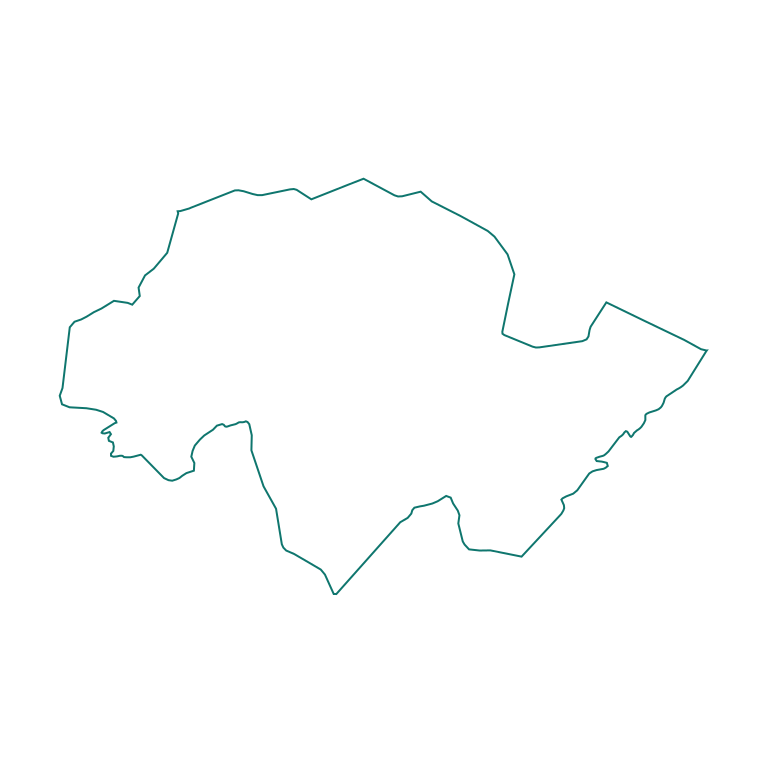 map outline of Jämtland (orthographic projection), rotated 86°
{"feature_id": "SWE-189", "entity_name": "Jämtland", "entity_type": "County", "adm_level": 1, "iso_a3": "SWE", "parent_name": "Sweden", "parent_adm1": "", "projection": "orthographic", "projection_center": [14.766, 63.349], "detail": "fine", "context": "isolated", "style": "outline", "palette": "teal", "viewbox_px": 768, "rotation_deg": 86, "n_neighbors": 0, "source": "natural_earth", "source_scale": "10m", "svg_char_len": 2877}
<svg xmlns="http://www.w3.org/2000/svg" viewBox="0 0 768 768"><g transform="rotate(86 384 384)"><path d="M373.1,59.9L373.1,59.7L373.7,60.2L402.1,80.8L406.4,85.8L407.8,88.0L409.0,90.3L409.9,92.4L416.0,103.1L416.9,104.0L418.2,104.9L422.2,106.4L425.2,108.2L426.6,109.4L428.3,111.8L429.3,114.6L430.9,121.3L432.0,124.0L432.8,125.1L433.6,125.5L438.2,125.8L441.3,127.5L444.7,130.2L446.0,131.7L447.1,133.3L447.8,134.7L450.3,138.0L452.2,139.2L453.7,140.7L454.0,141.2L453.4,142.0L448.6,144.6L447.9,146.0L449.0,147.5L450.9,149.0L452.2,150.6L453.6,153.0L467.0,164.8L469.1,167.4L470.3,169.1L470.7,169.9L471.0,170.9L471.6,174.1L472.5,177.4L473.0,178.2L473.7,178.3L475.7,177.2L476.6,172.2L477.2,170.2L478.2,167.2L481.4,166.5L483.0,168.7L483.9,170.8L484.7,178.0L485.7,182.1L487.6,185.5L503.5,198.6L506.6,202.9L508.8,210.0L510.5,213.8L511.7,215.1L517.4,213.0L520.4,212.9L522.7,213.9L526.0,216.2L565.8,258.8L557.4,289.5L556.8,300.2L554.9,310.7L549.8,314.8L546.6,316.4L528.3,319.6L520.2,317.9L515.5,319.2L508.0,323.4L502.0,325.4L500.0,329.8L504.7,338.6L506.6,344.1L508.2,352.6L508.6,356.7L509.5,362.3L511.9,364.6L515.2,365.8L519.2,369.7L523.0,377.4L590.2,446.2L590.0,448.8L570.0,456.2L564.7,460.0L547.3,485.5L543.3,493.2L540.2,495.8L536.8,497.1L500.9,500.4L477.7,511.3L440.9,520.9L425.9,519.5L414.7,521.2L412.4,522.8L411.6,524.4L412.0,525.6L412.2,526.6L412.3,527.8L412.2,528.9L412.1,529.9L412.1,530.8L412.2,531.6L413.2,533.6L413.7,534.9L414.6,540.0L415.5,543.2L415.6,544.4L415.1,545.6L413.5,546.7L412.7,548.3L413.9,553.6L417.7,557.8L422.8,566.9L426.6,571.5L432.2,577.0L437.4,579.6L443.1,581.3L449.6,578.7L457.2,579.7L459.1,587.3L461.5,591.7L463.5,594.6L464.7,597.8L465.7,602.0L464.9,605.7L462.5,610.0L438.3,630.6L437.6,631.6L439.0,638.9L439.4,642.2L439.2,645.3L438.8,648.4L437.5,649.8L437.2,651.1L437.2,652.7L437.6,655.4L437.7,658.9L436.6,661.3L434.4,661.2L431.9,658.7L427.4,657.9L423.4,658.5L421.5,662.4L418.4,662.8L415.0,659.9L412.8,661.1L413.9,666.0L413.5,668.3L412.9,669.1L411.6,668.3L410.5,667.0L404.3,655.4L403.8,653.6L402.2,653.9L399.5,655.8L392.3,666.2L389.6,673.0L387.4,682.6L385.3,699.3L381.8,706.6L373.1,708.3L365.6,705.0L305.5,693.5L300.3,688.4L298.5,681.6L296.1,676.0L292.1,668.4L289.0,660.6L282.2,647.6L285.2,634.0L287.3,629.6L279.2,621.5L270.7,622.1L259.0,614.8L252.9,605.6L238.0,591.1L199.5,577.4L197.3,577.8L197.3,575.2L195.3,566.0L194.7,564.4L180.5,519.3L180.6,515.7L181.9,510.6L185.3,501.8L186.8,496.8L187.1,492.5L183.3,464.3L183.2,460.4L184.2,457.6L194.7,443.6L182.7,405.8L177.8,390.1L196.5,360.4L197.9,356.9L198.0,352.8L194.7,334.0L205.2,323.6L221.6,296.2L238.6,269.8L244.7,263.5L263.3,251.7L283.7,246.3L311.8,254.4L340.1,262.3L342.1,262.3L343.6,260.5L357.1,233.2L358.2,229.9L358.3,226.5L355.1,183.2L353.6,178.8L350.8,176.7L344.6,175.2L341.3,173.9L318.1,156.5L339.4,119.4L360.5,82.3L360.5,82.2L371.4,65.3L373.1,59.9Z" fill="none" stroke="#0f766e" stroke-width="2"/></g></svg>